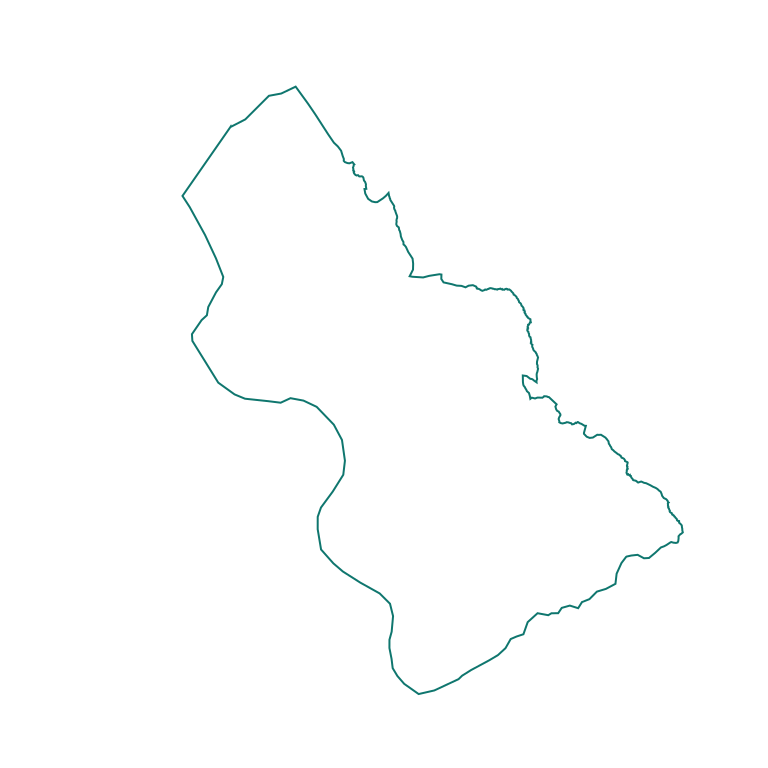 the district of Kwahu Afram Plains North, Eastern, Ghana, rotated 144°
{"feature_id": "2480657B6837938265733", "entity_name": "Kwahu Afram Plains North", "entity_type": "district", "adm_level": 2, "iso_a3": "GHA", "parent_name": "Ghana", "parent_adm1": "Eastern", "projection": "natural_earth1", "projection_center": [-0.105, 6.867], "detail": "fine", "context": "isolated", "style": "outline", "palette": "teal", "viewbox_px": 768, "rotation_deg": 144, "n_neighbors": 0, "source": "geoboundaries", "source_scale": "gbopen_adm2", "svg_char_len": 6111}
<svg xmlns="http://www.w3.org/2000/svg" viewBox="0 0 768 768"><g transform="rotate(144 384 384)"><path d="M436.5,654.6L437.2,641.3L441.2,609.7L446.1,584.4L451.1,565.1L456.5,560.1L466.0,556.9L480.9,549.6L486.9,543.7L494.0,542.9L510.1,537.2L513.7,531.5L517.3,482.5L511.0,463.4L505.1,453.8L487.7,438.1L478.6,429.6L468.0,427.5L458.9,417.9L451.9,405.1L448.5,380.6L450.9,363.4L460.7,344.9L470.3,334.5L488.7,327.1L507.6,321.1L515.7,315.5L523.0,305.5L532.2,287.1L530.4,268.7L527.5,256.5L519.9,237.2L510.6,217.1L508.3,202.7L513.1,190.9L523.4,179.1L529.9,173.9L534.8,167.2L539.5,157.1L544.0,149.0L544.8,139.9L543.9,129.5L538.2,112.8L523.4,106.5L497.1,101.4L492.3,102.1L481.8,101.4L461.1,98.6L451.1,97.7L440.9,98.9L431.4,103.2L425.2,101.8L418.3,99.6L407.7,106.9L394.5,108.3L387.0,100.4L383.3,100.1L377.8,96.2L371.8,98.4L363.9,95.5L358.7,88.5L352.0,91.2L344.3,89.2L333.8,90.9L324.9,87.8L314.2,86.3L307.3,93.8L297.1,99.6L289.8,101.8L289.2,101.8L284.8,99.9L279.2,96.7L276.1,90.2L271.9,87.5L264.0,88.0L256.0,89.0L252.9,88.1L250.1,87.7L245.3,87.5L244.5,87.3L243.1,85.5L241.2,83.8L239.6,83.2L238.2,84.0L236.3,86.1L235.2,87.7L232.6,88.3L231.6,88.1L229.5,88.3L228.6,90.4L227.8,91.5L227.2,92.9L226.2,94.6L226.4,97.0L226.8,97.7L226.5,99.0L226.2,99.1L225.8,99.7L226.2,100.2L226.9,100.8L227.0,101.7L226.5,102.5L226.6,102.9L226.6,103.7L226.8,104.3L226.7,105.7L227.0,106.1L226.8,107.2L227.1,107.6L227.1,108.4L227.5,108.7L227.6,109.0L227.1,110.5L227.7,111.5L227.9,112.4L227.8,113.0L227.2,113.5L227.1,114.7L226.6,116.0L226.8,116.9L225.9,117.8L226.0,118.4L225.0,119.7L224.8,120.3L224.1,120.8L223.4,120.8L223.6,121.8L223.2,122.9L223.4,124.9L224.7,127.3L224.7,130.1L224.0,132.0L223.5,134.3L224.1,136.0L224.5,138.3L225.3,140.3L226.8,142.8L228.0,145.5L230.2,149.6L231.7,151.2L233.1,153.7L233.5,154.0L236.3,154.9L236.3,155.2L236.7,155.9L236.7,156.5L237.0,157.1L237.0,157.5L238.0,158.8L238.4,159.1L238.9,159.8L238.9,160.3L238.7,160.7L238.9,162.9L238.7,163.4L238.7,164.2L238.4,164.5L238.8,165.0L238.5,165.9L239.2,165.9L239.5,167.1L239.9,167.3L239.7,167.6L240.0,167.7L240.4,168.0L240.1,168.5L240.1,169.4L239.9,169.8L239.3,170.2L238.4,171.4L236.9,172.0L237.1,172.3L236.8,172.4L236.8,172.8L235.9,173.7L236.0,174.2L235.8,174.5L235.5,174.5L235.4,175.2L233.1,177.1L233.0,177.6L234.3,180.0L233.8,181.0L233.8,182.4L234.4,183.8L235.1,184.7L234.9,185.3L235.0,186.2L234.7,186.8L235.2,187.8L235.2,188.5L235.8,189.4L236.2,190.3L236.3,191.0L237.3,194.2L237.4,195.5L238.0,197.4L237.4,199.3L237.4,201.3L237.1,202.4L237.2,203.5L236.1,205.7L236.2,208.1L236.1,208.5L236.3,209.2L236.3,210.4L238.3,215.4L240.6,216.9L240.9,217.3L241.4,217.6L246.5,217.9L249.3,219.5L251.0,222.2L251.5,226.1L251.1,226.8L245.3,231.5L246.3,232.3L247.7,235.7L248.8,237.3L249.4,239.1L249.7,239.4L251.4,239.3L251.6,239.6L251.7,240.0L253.9,240.0L255.6,240.8L255.6,242.2L256.1,242.7L257.6,244.8L258.8,245.8L259.6,245.8L262.7,247.1L264.0,248.5L264.7,250.0L264.1,250.6L263.4,252.8L263.0,253.3L261.6,254.2L259.7,255.0L259.1,255.8L258.9,259.0L259.7,260.5L259.6,262.3L258.6,265.0L256.3,266.1L258.3,276.5L259.3,277.5L259.5,278.2L261.6,280.0L262.1,279.8L263.9,279.8L267.8,282.8L270.3,283.5L272.5,286.1L274.3,286.0L273.1,288.5L272.0,291.5L272.6,294.2L272.2,296.0L272.2,297.4L271.9,298.3L272.0,300.7L271.5,302.0L270.4,304.0L266.7,309.3L263.9,306.6L262.6,302.2L261.5,301.2L261.0,300.2L260.5,298.2L259.6,295.7L258.8,297.0L257.2,298.0L256.4,299.7L254.9,302.0L254.0,302.9L252.9,303.6L250.4,305.8L250.0,307.3L249.1,308.3L248.7,309.1L248.5,310.3L247.1,312.1L243.8,314.9L243.3,316.9L243.3,317.5L242.8,318.8L242.9,319.6L242.6,320.3L243.1,323.2L243.0,324.1L242.5,325.1L242.3,326.7L241.9,327.5L240.9,328.5L241.2,328.9L241.2,329.8L240.3,331.2L240.7,331.3L239.1,333.1L238.7,334.5L238.4,334.8L238.0,335.8L238.4,336.8L238.1,337.9L237.1,339.4L237.0,340.7L236.5,341.4L236.7,342.9L235.8,344.1L235.2,344.0L234.8,344.9L234.4,344.8L234.0,346.1L232.7,346.8L232.5,347.3L231.9,347.2L231.6,346.9L229.9,347.9L229.1,347.6L229.0,348.2L228.7,348.2L228.3,349.1L227.5,350.3L228.6,352.8L228.4,354.0L228.8,354.6L228.5,355.1L228.7,356.9L228.2,357.7L228.4,358.7L228.2,359.4L227.6,359.6L227.1,361.0L227.7,361.6L227.3,362.1L227.3,362.5L226.5,363.2L226.4,365.1L226.7,366.6L226.3,367.5L226.1,368.3L226.1,369.1L226.6,370.7L226.0,372.2L226.1,372.7L225.7,373.8L226.0,375.6L225.6,376.6L225.9,378.6L226.6,380.2L226.1,381.1L226.3,382.9L226.5,383.8L226.4,384.8L226.6,385.3L227.0,386.8L228.4,387.6L228.6,387.8L228.4,388.3L229.1,389.2L230.4,389.6L231.2,389.5L232.2,390.4L232.5,391.2L232.9,391.0L233.2,391.6L233.5,391.8L233.8,392.8L235.3,393.3L235.9,393.8L236.9,393.8L237.9,395.1L238.6,395.4L239.4,396.7L239.9,397.0L240.2,397.6L241.4,398.9L242.6,399.5L243.4,399.4L244.2,399.8L245.7,400.0L246.2,400.4L246.6,401.0L247.4,400.9L249.7,401.6L250.6,403.2L250.9,404.3L251.7,405.6L252.4,406.1L252.8,406.7L252.7,407.0L252.3,407.4L252.4,408.1L252.2,408.6L254.0,411.7L257.7,413.8L261.2,414.3L263.7,417.9L267.4,420.9L270.4,424.8L276.1,431.2L275.9,435.3L273.2,438.8L274.6,440.2L283.8,444.9L289.7,447.2L297.9,454.0L299.9,456.1L293.3,459.5L289.7,464.2L287.2,468.6L286.8,476.5L285.7,482.0L285.8,484.1L286.2,485.4L284.8,487.5L284.6,489.8L283.6,493.5L282.4,495.6L281.3,498.4L281.2,499.6L280.0,502.0L280.6,504.3L280.2,505.9L279.4,506.9L278.4,507.8L278.0,508.7L276.8,510.0L276.0,510.4L275.0,511.6L274.6,512.5L274.0,514.8L273.3,517.1L273.0,517.6L272.9,519.1L272.3,520.7L271.3,521.7L271.1,522.3L270.7,529.2L270.1,530.4L270.1,531.1L269.6,532.0L269.5,532.8L268.0,535.9L271.9,535.1L275.7,534.8L282.5,535.1L284.3,536.3L286.5,538.8L288.0,543.1L287.2,549.1L285.2,553.2L283.6,552.3L282.3,554.9L281.2,556.2L280.5,558.6L280.6,560.4L279.4,563.1L279.4,564.1L279.8,565.0L281.8,566.3L282.1,566.7L282.2,568.1L283.1,568.7L283.6,568.8L284.2,569.8L284.4,571.8L284.2,572.8L283.9,573.3L283.3,573.3L283.1,573.8L283.4,574.6L283.3,575.1L282.5,575.7L281.9,577.3L280.6,578.1L279.6,579.2L279.0,579.1L279.1,582.0L282.3,582.9L283.7,584.2L285.2,586.5L285.4,588.2L284.2,589.7L283.4,592.7L281.6,597.9L281.7,603.3L282.7,608.7L282.4,619.0L281.1,642.6L280.7,655.3L280.7,676.5L296.4,679.4L307.7,684.8L340.7,679.6L357.0,682.1L356.9,682.3L436.5,654.6Z" fill="none" stroke="#0f766e" stroke-width="2"/></g></svg>